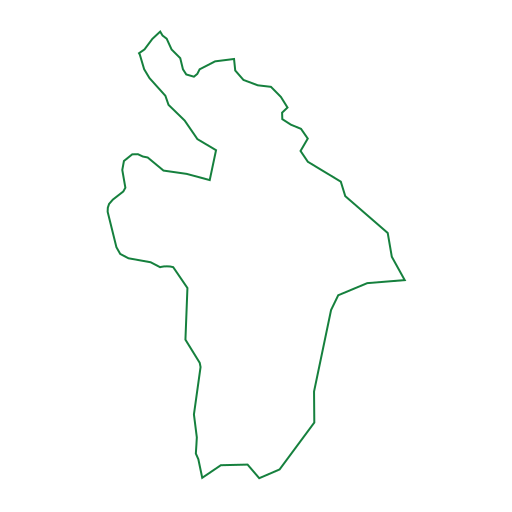 the County of Nógrád, rotated 271°
{"feature_id": "HUN-3166", "entity_name": "Nógrád", "entity_type": "County", "adm_level": 1, "iso_a3": "HUN", "parent_name": "Hungary", "parent_adm1": "", "projection": "mercator", "projection_center": [19.65, 47.967], "detail": "fine", "context": "isolated", "style": "outline", "palette": "green", "viewbox_px": 512, "rotation_deg": 271, "n_neighbors": 0, "source": "natural_earth", "source_scale": "10m", "svg_char_len": 1223}
<svg xmlns="http://www.w3.org/2000/svg" viewBox="0 0 512 512"><g transform="rotate(271 256 256)"><path d="M405.6,165.9L414.6,162.6L432.0,146.4L440.8,140.9L455.4,136.3L456.7,135.5L460.6,140.9L471.3,148.6L478.7,156.3L474.8,158.7L471.7,162.9L461.0,168.0L452.5,176.8L441.4,179.7L436.3,183.1L434.2,190.8L437.0,194.1L441.7,196.4L449.9,211.7L452.6,230.6L441.1,232.0L431.8,240.4L426.7,254.8L425.4,268.0L415.5,278.1L405.0,284.9L399.8,279.6L393.3,279.9L387.9,288.6L383.9,298.8L374.3,305.7L361.8,298.7L351.1,306.2L331.8,339.5L317.4,344.2L281.3,387.3L257.6,391.8L234.5,405.1L230.8,367.7L218.2,338.9L203.3,332.0L121.5,316.4L90.5,317.2L43.0,283.3L33.9,263.1L47.3,251.2L46.2,224.5L33.3,206.1L51.8,201.9L57.4,199.3L66.0,199.7L73.6,200.0L96.5,196.7L144.0,202.5L148.2,201.6L171.1,186.9L222.8,188.0L243.4,173.4L244.0,170.4L244.1,167.4L244.0,164.3L243.4,161.1L243.2,160.7L243.2,160.4L243.2,160.1L243.4,159.8L247.9,150.8L251.5,128.5L255.7,120.2L262.3,116.3L297.6,106.9L301.7,107.0L305.5,108.2L309.9,111.9L318.2,122.2L322.0,124.2L339.7,120.8L348.7,122.3L355.5,130.5L355.7,136.2L353.5,141.1L352.6,146.0L339.8,162.0L336.9,185.2L331.1,208.4L361.1,214.2L371.8,195.4L390.2,182.3L405.6,165.9Z" fill="none" stroke="#15803d" stroke-width="2"/></g></svg>